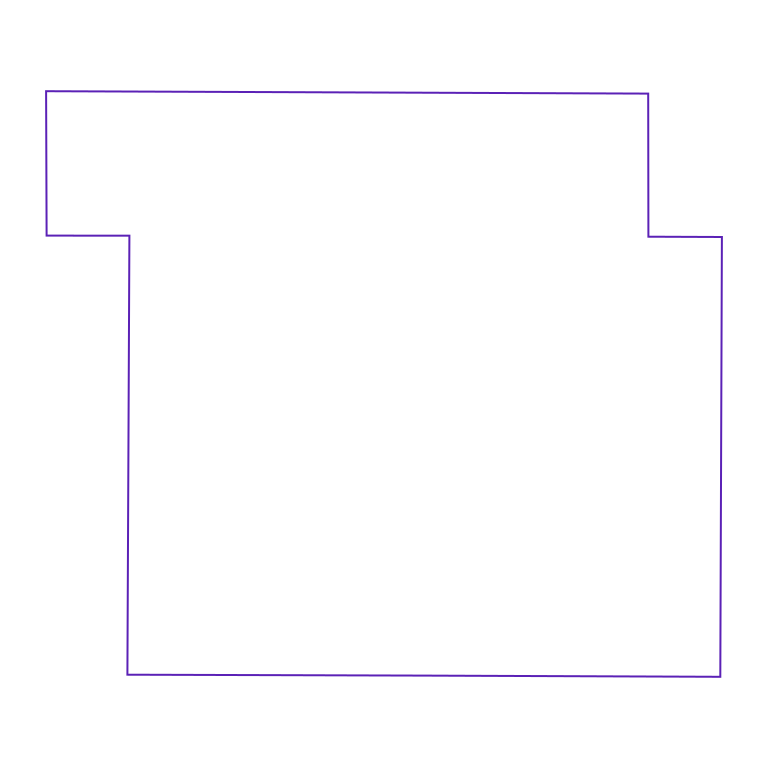 Sac, Iowa, United States of America
{"feature_id": "52423323B56975486927627", "entity_name": "Sac", "entity_type": "district", "adm_level": 2, "iso_a3": "USA", "parent_name": "United States of America", "parent_adm1": "Iowa", "projection": "equal_earth", "projection_center": [-95.091, 42.386], "detail": "fine", "context": "isolated", "style": "outline", "palette": "violet", "viewbox_px": 768, "rotation_deg": 0, "n_neighbors": 0, "source": "geoboundaries", "source_scale": "gbopen_adm2", "svg_char_len": 243}
<svg xmlns="http://www.w3.org/2000/svg" viewBox="0 0 768 768"><path d="M720.3,676.8L721.9,237.0L648.4,236.7L648.2,93.6L46.1,91.2L46.6,235.6L129.4,235.7L127.4,674.7L424.0,675.6L720.3,676.8Z" fill="none" stroke="#5b21b6" stroke-width="2"/></svg>